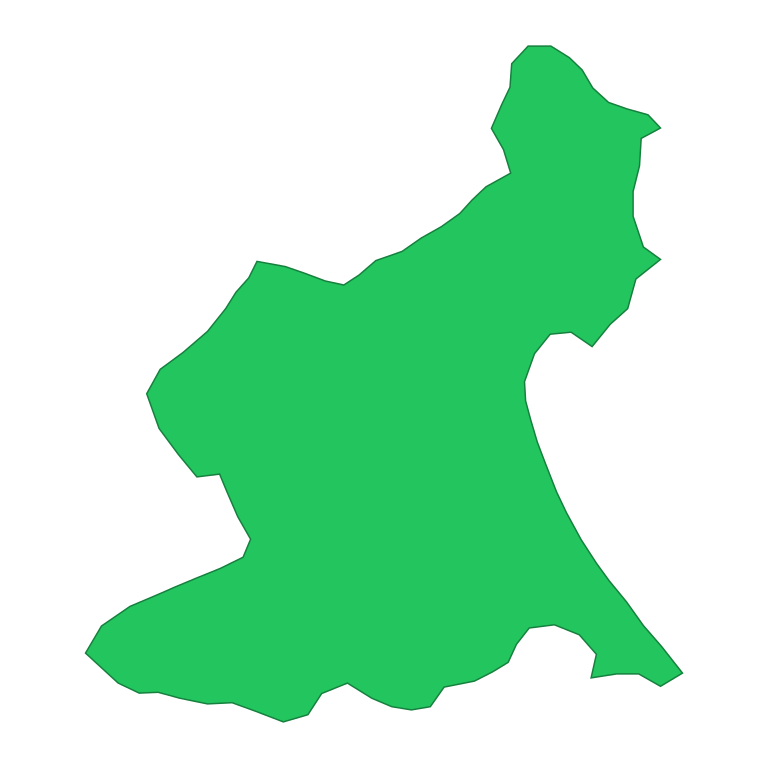 Itapema, Santa Catarina, Brazil
{"feature_id": "56859067B84444933565418", "entity_name": "Itapema", "entity_type": "district", "adm_level": 2, "iso_a3": "BRA", "parent_name": "Brazil", "parent_adm1": "Santa Catarina", "projection": "mercator", "projection_center": [-48.63, -27.1], "detail": "fine", "context": "isolated", "style": "filled", "palette": "green", "viewbox_px": 768, "rotation_deg": 0, "n_neighbors": 0, "source": "geoboundaries", "source_scale": "gbopen_adm2", "svg_char_len": 1395}
<svg xmlns="http://www.w3.org/2000/svg" viewBox="0 0 768 768"><path d="M528.1,46.1L511.7,63.7L510.0,87.2L501.8,104.4L491.4,128.4L503.5,149.6L510.7,173.1L486.1,186.7L472.2,199.9L459.8,213.5L441.3,226.7L421.4,237.9L402.1,251.4L375.8,260.6L359.1,275.0L343.8,285.0L325.3,281.0L306.1,273.8L285.4,266.6L257.0,261.4L248.8,277.8L236.0,292.2L225.7,308.6L207.5,331.4L183.0,352.5L160.2,369.3L146.7,393.7L159.1,428.5L178.4,454.5L196.9,476.9L219.6,474.1L226.7,491.2L237.8,516.8L250.6,539.2L243.1,557.2L220.3,568.4L197.6,577.6L175.5,586.8L159.1,594.0L130.0,606.4L101.5,626.0L85.5,653.1L118.2,683.1L139.2,693.1L158.1,692.3L180.1,698.3L207.5,703.9L232.1,702.7L255.2,711.1L283.3,721.9L307.9,714.7L321.7,693.5L347.4,683.1L371.9,698.3L391.8,706.7L411.4,709.9L430.3,706.7L444.1,687.1L474.4,681.1L492.5,671.9L508.2,662.3L516.4,644.4L529.2,628.0L554.4,624.8L579.3,634.8L596.4,654.3L591.1,677.9L616.7,673.9L638.7,673.9L660.5,686.3L682.5,673.1L661.5,646.4L643.4,625.6L626.6,602.0L609.2,580.8L596.4,563.2L581.1,539.6L566.5,512.8L556.6,492.0L545.5,463.7L537.3,442.1L530.9,420.5L525.6,400.9L524.5,381.7L534.5,353.7L550.2,334.2L571.1,332.2L592.1,346.6L610.3,324.2L627.7,308.6L635.9,279.0L660.5,259.4L643.4,247.0L633.1,216.3L633.1,191.5L639.5,165.9L641.2,138.4L660.5,128.0L648.0,114.8L626.6,108.8L608.5,102.4L592.8,88.0L582.2,70.0L569.4,57.7L550.9,46.1L528.1,46.1Z" fill="#22c55e" stroke="#15803d" stroke-width="1.5"/></svg>